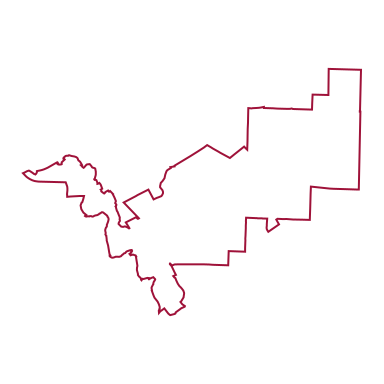 outline of Fundeni, Calarasi, Romania
{"feature_id": "2599482B18444720984708", "entity_name": "Fundeni", "entity_type": "district", "adm_level": 2, "iso_a3": "ROU", "parent_name": "Romania", "parent_adm1": "Calarasi", "projection": "orthographic", "projection_center": [26.34, 44.401], "detail": "fine", "context": "isolated", "style": "outline", "palette": "rose", "viewbox_px": 384, "rotation_deg": 0, "n_neighbors": 0, "source": "geoboundaries", "source_scale": "gbopen_adm2", "svg_char_len": 5907}
<svg xmlns="http://www.w3.org/2000/svg" viewBox="0 0 384 384"><path d="M358.8,189.5L360.4,111.7L359.8,111.7L359.8,111.2L360.0,111.2L361.0,69.8L328.7,68.9L328.4,95.0L312.6,94.6L312.2,103.4L312.0,109.6L292.9,109.0L292.0,108.6L291.3,108.5L290.6,108.8L288.1,108.9L277.3,108.6L273.1,108.3L263.9,108.0L263.9,106.9L261.0,107.5L259.0,107.8L256.2,108.0L252.3,108.2L251.7,108.4L251.1,108.4L249.9,108.2L248.3,108.1L248.1,116.8L248.0,122.8L247.7,128.9L247.5,141.3L247.2,149.7L245.3,147.9L244.1,146.6L242.9,147.6L234.2,154.5L229.9,158.0L220.3,152.8L218.5,151.7L212.8,148.5L210.8,147.2L207.1,145.1L203.8,147.6L197.6,151.6L190.6,156.0L174.5,165.7L174.6,166.4L170.4,167.1L170.8,168.0L167.4,170.1L166.5,171.2L165.3,174.5L164.5,178.2L163.9,179.1L162.5,181.1L160.8,182.9L160.1,186.0L160.1,186.8L160.1,187.3L162.5,190.3L163.0,191.9L163.0,193.2L162.3,194.8L161.4,196.1L159.0,197.1L156.8,197.9L153.6,199.4L148.4,189.6L137.5,195.1L135.9,196.1L123.7,202.5L138.9,218.3L138.3,218.7L137.8,218.8L137.2,218.4L136.1,217.2L125.8,222.4L128.9,227.3L129.4,228.2L129.1,228.4L128.9,228.4L127.7,227.5L125.1,226.4L124.8,226.4L123.1,226.9L121.2,226.6L120.2,225.6L118.6,224.0L118.6,223.7L118.6,223.3L118.9,222.5L119.3,221.8L119.9,221.0L119.9,220.2L119.6,219.5L119.8,217.7L119.5,216.6L119.0,215.5L117.6,211.9L117.4,211.5L116.9,210.9L116.2,208.4L115.8,206.5L115.6,206.4L115.9,205.8L116.1,205.9L116.4,204.9L116.3,204.5L115.2,203.1L115.9,201.1L115.1,199.1L114.4,197.4L113.6,195.8L112.8,194.2L113.0,194.0L110.1,191.0L109.1,191.7L108.1,190.5L105.3,192.1L105.1,192.6L104.5,193.3L104.2,193.5L103.8,193.3L101.3,191.4L101.3,190.2L101.2,190.0L100.8,189.6L102.2,188.7L101.5,186.8L100.9,185.1L100.2,183.9L99.8,183.5L99.3,182.9L97.9,183.8L97.4,183.9L97.4,182.8L97.1,182.0L96.4,180.2L96.1,180.0L95.4,179.8L94.7,179.9L94.4,179.6L94.2,179.2L94.8,178.7L95.2,176.9L95.6,175.6L95.8,174.5L95.8,171.6L95.2,168.5L94.2,168.0L92.6,167.6L92.1,167.3L91.4,166.1L90.3,164.8L89.9,164.3L89.7,164.1L87.2,164.4L86.8,164.5L86.6,164.7L86.2,165.0L84.3,167.2L83.9,167.6L83.6,167.8L82.5,167.0L81.8,166.1L81.0,165.3L82.0,165.0L81.0,163.2L80.1,161.8L79.4,161.1L78.4,160.4L77.6,158.4L77.3,157.9L76.0,157.0L75.6,156.9L74.5,156.5L71.6,156.0L69.0,155.2L68.1,155.8L67.1,155.7L65.9,155.9L65.4,156.1L64.5,157.0L63.8,157.9L63.6,157.8L63.5,158.0L63.4,158.6L64.1,158.8L64.3,159.0L64.7,159.5L61.7,162.3L61.7,164.2L61.5,164.3L60.6,164.5L59.2,164.6L58.6,164.5L57.9,163.0L57.7,162.7L57.2,163.5L56.8,162.8L56.6,162.6L47.7,167.7L45.7,168.6L43.8,169.4L41.9,170.0L40.3,170.4L36.9,171.1L36.9,172.2L36.5,173.1L36.0,173.9L35.4,174.4L35.2,174.2L34.6,174.2L34.3,174.1L32.5,172.8L32.4,172.7L30.4,171.4L29.4,170.8L28.9,170.6L27.0,171.2L24.8,172.4L23.0,173.2L25.4,175.7L26.4,176.7L27.4,177.5L29.7,179.0L31.1,179.7L32.1,180.2L34.5,181.0L36.3,181.3L38.5,181.6L65.7,182.3L67.2,186.5L67.3,187.3L67.4,188.3L67.4,190.4L67.0,194.3L67.1,194.5L67.2,196.8L70.7,196.5L79.7,196.0L84.0,196.0L83.3,199.0L82.3,202.2L82.1,202.4L81.6,202.6L80.6,205.3L80.6,205.5L81.3,209.1L81.5,209.5L83.4,212.6L86.1,214.8L85.8,215.0L85.0,216.0L85.4,216.3L86.2,216.6L87.7,216.3L89.4,216.4L89.6,216.2L90.6,216.1L91.4,216.2L91.9,216.5L92.7,216.6L93.0,216.5L93.4,216.4L94.3,215.8L94.6,215.7L95.6,215.4L97.3,215.1L98.2,214.6L98.7,214.4L99.0,214.1L99.2,213.8L99.4,213.6L99.6,213.5L100.0,213.5L101.9,212.2L102.1,212.2L103.2,212.5L107.2,215.7L107.4,216.6L107.6,216.7L108.1,217.5L108.4,218.1L108.6,219.1L108.5,219.9L108.1,221.6L107.2,224.0L106.9,224.6L106.8,225.0L106.9,226.0L106.7,226.7L105.9,227.7L105.3,229.5L105.2,230.3L105.3,231.1L105.7,232.9L105.6,233.9L105.4,234.3L106.1,235.9L106.3,235.9L106.7,239.3L106.7,240.5L108.1,245.5L109.2,252.3L109.6,254.4L110.3,255.4L109.6,255.9L109.7,256.2L110.2,256.7L111.5,257.5L112.0,257.6L112.3,257.7L113.7,257.5L115.8,256.7L119.3,256.8L121.0,256.2L122.3,254.8L123.0,254.4L123.7,253.6L123.8,253.5L125.0,253.1L125.3,253.0L126.3,251.7L127.0,251.3L130.1,250.2L131.7,250.0L132.1,250.9L131.9,251.4L131.4,251.7L131.0,252.1L131.2,252.7L129.5,253.9L130.6,255.3L131.7,254.9L132.9,254.7L133.5,254.7L134.5,255.2L135.2,255.3L135.5,255.4L135.7,255.5L136.0,256.2L136.3,256.7L136.0,257.0L137.4,265.7L137.2,267.0L137.0,267.5L136.9,270.0L137.8,273.4L138.0,274.1L137.9,274.9L138.9,276.4L139.3,276.8L140.2,277.5L140.6,278.0L141.2,280.0L141.5,280.3L142.4,278.8L143.5,279.0L147.4,277.9L149.0,278.1L148.8,279.2L148.9,279.3L149.0,279.3L150.0,278.6L151.2,278.0L153.3,277.2L155.1,279.1L155.2,279.4L154.6,280.7L153.9,281.5L153.6,282.4L153.3,283.3L153.3,283.9L153.3,284.3L152.9,284.8L151.6,287.4L151.6,288.4L152.0,290.6L151.8,290.7L153.6,295.6L154.5,297.7L157.6,301.6L158.9,304.3L159.7,306.9L159.7,308.9L159.4,308.9L159.1,310.0L158.8,310.6L159.0,312.9L159.8,311.9L160.4,311.2L161.8,310.3L164.3,308.4L168.3,313.6L169.6,314.7L170.2,315.1L170.3,315.1L174.5,314.0L175.3,313.6L175.5,313.4L175.6,312.5L175.8,312.3L176.2,312.0L179.8,309.4L181.2,308.3L184.7,306.7L184.9,306.1L182.3,304.3L181.6,303.4L180.8,302.4L180.5,302.0L180.8,301.8L181.3,301.1L182.6,299.0L183.2,298.0L183.6,297.3L183.6,297.0L184.1,293.6L184.1,293.2L184.0,292.5L183.6,291.5L183.3,290.5L182.8,289.9L182.0,288.8L180.7,287.3L179.5,286.2L178.8,285.2L177.8,283.7L176.2,280.3L175.5,278.4L175.3,278.0L174.5,277.6L173.3,276.1L175.9,274.9L174.8,272.8L171.6,266.1L171.2,265.6L170.1,264.4L169.9,264.2L169.9,263.6L170.0,263.5L170.9,264.3L172.1,265.5L174.4,264.5L175.0,264.4L181.0,264.3L202.5,264.3L209.1,264.5L213.0,264.8L228.2,265.3L228.7,251.1L245.1,251.7L245.1,248.1L245.4,240.1L245.3,238.9L245.5,235.8L245.8,228.2L245.8,225.7L246.0,222.2L245.9,221.2L246.1,217.7L255.1,218.1L256.8,218.1L257.6,218.3L261.4,218.3L261.7,218.3L262.0,218.3L262.5,218.5L267.2,218.6L266.8,224.2L266.8,226.0L266.7,226.6L266.6,227.2L266.7,228.9L267.4,230.4L268.3,231.8L279.0,224.4L276.3,219.6L277.5,218.8L283.2,219.1L286.4,219.0L292.9,219.5L303.0,219.7L309.8,219.9L310.2,208.3L310.6,193.9L310.9,186.6L329.9,188.6L333.6,188.8L347.1,189.2L356.0,189.5L358.8,189.5Z" fill="none" stroke="#9f1239" stroke-width="2"/></svg>